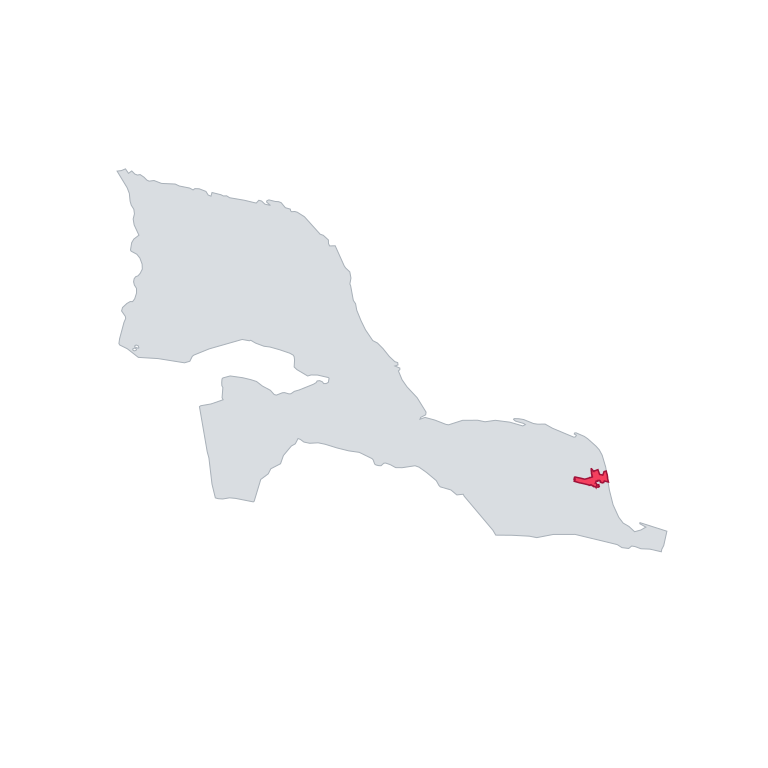 location of Mandlakaze, Gaza, Mozambique, rotated 284°
{"feature_id": "85939544B24219595709494", "entity_name": "Mandlakaze", "entity_type": "district", "adm_level": 2, "iso_a3": "MOZ", "parent_name": "Mozambique", "parent_adm1": "Gaza", "projection": "equal_earth", "projection_center": [34.02, -24.531], "detail": "fine", "context": "in_parent", "style": "filled", "palette": "rose", "viewbox_px": 768, "rotation_deg": 284, "n_neighbors": 0, "source": "geoboundaries", "source_scale": "gbopen_adm2", "svg_char_len": 7002}
<svg xmlns="http://www.w3.org/2000/svg" viewBox="0 0 768 768"><g transform="rotate(284 384 384)"><path d="M264.4,529.0L268.4,525.1L294.5,489.0L296.2,487.5L294.0,481.5L297.4,474.5L297.8,463.5L298.9,461.8L302.9,458.1L308.4,446.8L311.8,438.1L312.2,433.9L307.2,421.9L305.7,415.5L307.2,409.9L307.7,404.8L307.1,403.0L304.0,400.9L303.5,398.6L303.5,395.8L304.1,394.3L307.8,391.8L308.7,390.5L311.7,376.5L310.6,366.0L310.6,353.9L311.3,341.4L311.0,334.3L308.5,326.2L308.3,320.3L310.0,316.2L310.3,313.8L304.5,312.4L301.4,309.1L290.3,303.7L281.6,302.9L274.4,294.7L268.8,293.4L261.6,287.5L238.9,286.4L238.0,285.7L237.1,267.6L236.2,261.7L233.4,255.3L232.6,250.8L232.7,247.9L245.3,241.3L269.9,232.0L275.4,228.9L317.4,210.4L318.6,211.5L322.8,221.0L329.8,231.7L331.5,230.2L341.6,228.5L343.1,227.1L346.1,226.2L349.7,225.6L350.9,226.2L354.6,232.8L355.9,245.3L356.0,253.7L355.6,259.7L352.6,266.5L350.4,275.3L347.2,280.0L347.2,282.3L350.9,287.5L351.6,289.6L351.4,294.2L352.0,296.0L355.2,298.8L357.6,303.0L366.7,315.6L369.0,317.9L370.8,318.4L371.7,320.9L371.2,323.7L369.8,325.4L370.4,327.7L372.1,329.6L376.3,329.3L376.8,328.4L376.6,317.4L375.1,311.0L373.3,308.0L376.9,296.0L378.8,292.7L385.7,291.4L388.8,290.2L390.1,288.8L391.1,285.0L392.0,274.3L392.3,264.3L391.6,258.4L392.6,249.6L394.2,244.1L393.4,243.0L392.9,235.6L375.8,205.9L366.1,192.6L364.5,191.3L359.1,190.1L356.3,185.3L354.0,158.6L350.4,139.2L356.1,126.4L357.9,118.2L359.1,117.0L363.9,116.5L380.9,116.8L385.1,117.5L387.0,116.7L391.4,111.7L395.0,111.8L399.9,115.0L402.6,117.8L403.1,120.1L406.3,121.5L412.4,121.9L416.9,120.7L419.7,117.8L422.6,116.3L425.7,116.1L428.0,117.1L429.5,119.2L432.5,120.7L437.0,121.7L441.8,120.3L447.1,116.7L450.1,112.8L451.7,106.5L452.7,105.6L460.1,105.0L464.1,106.2L469.1,110.2L477.9,103.1L483.4,100.7L488.7,100.7L493.0,99.0L496.4,95.5L500.0,93.4L507.3,90.8L512.3,87.3L526.0,73.5L527.5,77.5L530.2,81.1L526.6,85.1L529.7,87.7L527.4,91.5L527.1,94.2L528.2,96.7L526.6,101.1L524.5,104.5L524.0,107.0L525.8,111.6L524.8,119.6L527.5,133.0L526.6,137.5L527.1,148.0L526.1,151.8L527.8,153.2L528.7,157.4L527.8,164.6L524.8,167.7L524.4,170.7L528.2,170.8L528.2,180.0L527.6,182.7L528.5,185.8L527.4,189.2L528.5,203.9L528.6,214.6L528.7,216.3L532.0,218.1L531.9,221.0L529.7,224.9L529.8,230.6L532.2,226.0L533.6,226.1L534.8,227.8L534.8,234.3L535.4,237.5L535.1,240.3L531.2,245.6L531.0,250.8L529.5,251.4L528.8,252.7L529.8,255.6L529.7,258.3L527.0,266.4L513.9,285.8L513.6,289.1L510.3,295.2L506.8,296.2L504.8,297.8L506.3,303.2L489.0,316.8L487.3,318.7L484.5,323.7L478.8,326.3L472.7,326.7L471.6,327.7L457.7,334.0L455.0,337.0L449.0,339.7L439.7,346.5L432.1,352.9L423.4,362.6L422.2,367.7L418.1,374.5L412.0,382.5L408.3,389.1L408.1,392.1L405.9,393.0L404.1,390.2L403.3,395.5L401.8,395.9L400.2,394.8L392.5,400.5L386.8,407.0L378.7,419.5L366.9,431.6L364.2,431.9L360.5,427.7L358.5,427.4L361.5,431.9L361.3,442.1L359.8,453.9L360.0,456.5L367.8,469.1L371.5,483.7L371.8,491.2L375.7,500.8L377.4,515.3L376.9,528.8L378.8,531.0L379.5,529.0L379.8,520.6L380.9,518.3L381.9,518.6L382.9,523.2L383.3,528.1L381.8,538.6L382.2,542.9L384.1,550.0L381.8,558.3L378.3,581.2L379.1,582.6L380.8,583.1L381.5,580.7L382.5,580.7L383.1,582.1L381.6,591.1L380.1,595.0L375.0,604.7L372.2,608.8L367.7,612.9L357.0,619.2L335.7,628.3L322.2,635.5L311.5,644.0L306.9,649.7L305.0,656.2L301.3,662.9L304.5,668.6L308.5,672.7L310.3,666.0L311.4,665.9L309.6,694.1L295.0,694.5L290.7,693.5L288.3,693.7L288.1,681.9L286.3,673.2L287.0,666.9L286.7,663.5L283.6,661.2L282.8,654.4L284.6,649.2L284.3,605.8L279.0,584.7L271.9,569.4L271.5,561.8L268.2,544.8L264.4,529.0ZM359.8,137.4L361.6,136.3L361.9,134.0L360.7,132.9L359.7,133.2L359.2,136.7L359.8,137.4ZM358.6,133.4L357.1,131.7L356.1,132.2L355.7,133.6L356.8,135.4L358.0,135.4L358.6,133.4Z" fill="#d9dde1" stroke="#a8b0b8" stroke-width="1"/><path d="M335.6,616.0L335.8,617.1L336.0,617.3L336.5,617.6L336.8,617.7L337.0,617.6L337.0,617.4L337.1,617.1L337.1,616.9L338.3,616.7L337.7,615.3L337.6,615.2L337.4,615.1L337.2,615.0L337.1,614.9L337.6,614.8L338.0,614.8L338.2,614.7L338.6,614.4L338.8,614.1L339.1,613.7L339.2,613.4L339.1,613.1L340.2,613.3L341.2,613.4L341.2,613.7L341.2,614.1L341.2,614.4L341.2,614.5L341.3,614.8L341.6,614.7L341.8,614.7L342.0,614.7L342.0,614.9L342.0,615.1L342.1,615.3L342.2,615.6L342.3,615.8L342.5,615.8L342.6,616.0L342.6,616.3L342.5,616.5L342.5,616.8L342.5,617.0L341.8,617.7L341.6,617.3L341.3,617.4L341.1,617.8L340.9,618.4L340.9,619.8L341.0,619.9L341.0,620.0L341.3,620.2L341.3,620.3L341.4,620.5L341.4,620.8L341.5,621.0L343.2,621.2L343.2,625.5L343.4,625.4L343.7,625.2L344.0,625.1L344.3,624.9L344.8,624.6L345.9,624.1L346.7,623.7L347.1,623.5L347.4,623.6L347.6,623.5L348.1,623.3L348.2,623.2L348.4,623.2L348.6,623.1L348.8,623.0L349.0,622.9L349.6,622.7L350.3,622.3L350.4,622.2L350.5,622.2L350.8,621.9L351.1,621.8L351.3,621.6L351.5,621.6L351.8,621.4L352.1,621.2L352.3,621.2L352.7,621.0L353.1,620.8L353.3,620.7L353.0,620.0L352.2,618.7L350.9,618.6L348.5,618.3L348.5,617.3L348.5,616.3L348.4,615.1L349.6,614.3L352.6,612.3L352.5,612.2L352.4,611.9L352.2,611.6L352.0,611.4L351.9,611.1L351.7,610.9L351.6,610.7L351.3,610.4L351.1,610.1L350.9,609.8L350.9,609.7L350.7,609.4L350.7,609.2L350.5,608.9L350.4,608.8L350.2,608.8L349.9,608.8L349.9,608.7L351.0,607.2L352.0,605.8L352.0,605.7L351.9,605.6L351.7,605.5L351.4,605.7L351.2,605.8L350.9,605.9L350.7,605.9L350.5,606.0L350.3,606.0L350.2,606.0L349.8,606.1L349.6,606.2L349.5,606.3L349.4,606.3L349.3,606.5L349.2,606.7L349.0,606.8L348.8,606.8L348.7,606.7L348.4,606.7L348.1,606.9L347.9,606.9L347.7,606.8L347.4,607.0L347.2,607.1L346.8,607.3L346.5,607.4L346.3,607.5L346.2,607.6L346.2,607.8L345.9,607.9L345.8,608.0L345.7,608.0L345.5,607.9L345.4,608.0L345.1,608.0L344.9,608.2L344.9,608.3L344.7,608.4L344.7,608.5L344.3,608.5L344.2,608.6L344.0,608.4L343.8,608.0L343.4,607.3L343.2,607.0L343.2,606.9L343.0,606.6L343.0,606.4L342.9,606.4L342.8,606.1L342.7,606.0L342.5,605.7L342.3,605.5L342.2,605.4L342.1,605.2L341.9,604.9L341.8,604.7L341.7,604.5L341.6,604.2L341.4,604.0L341.4,603.9L341.2,603.6L341.0,603.3L340.9,603.1L340.8,602.9L340.7,602.7L340.5,602.4L340.4,602.2L340.2,601.8L340.2,598.0L340.0,592.0L339.9,592.0L339.8,591.8L339.8,591.7L339.7,591.5L339.6,591.4L339.4,591.4L339.2,591.5L339.0,591.4L338.9,591.4L338.8,591.5L338.7,591.6L338.5,591.8L338.4,591.8L338.3,592.0L338.2,591.9L338.1,591.7L338.0,591.8L337.9,591.8L337.9,591.7L337.7,591.6L337.5,591.8L337.5,592.0L337.4,592.2L337.4,592.3L337.3,592.5L337.2,592.4L337.1,592.2L336.9,592.1L336.7,592.2L336.5,592.3L336.4,592.3L336.4,592.2L336.3,592.3L336.2,592.1L335.9,592.2L335.8,592.4L335.8,592.5L335.7,592.7L335.7,592.8L335.6,592.7L335.4,598.0L335.5,598.7L335.6,602.3L335.6,607.3L335.3,607.6L335.6,608.0L335.6,608.4L335.6,608.5L335.8,608.5L336.0,608.7L336.1,608.8L336.2,609.0L336.3,609.1L336.2,609.3L336.2,609.9L335.9,610.2L335.7,610.6L335.7,611.2L335.9,611.4L335.5,612.3L335.2,612.1L335.1,612.4L335.1,612.6L335.2,612.8L335.2,613.0L335.3,613.2L335.3,613.3L335.4,613.7L335.4,613.9L335.0,614.6L334.9,614.7L334.8,614.8L335.2,614.8L335.6,616.0L335.6,616.0Z" fill="#f43f5e" stroke="#9f1239" stroke-width="1.5"/></g></svg>